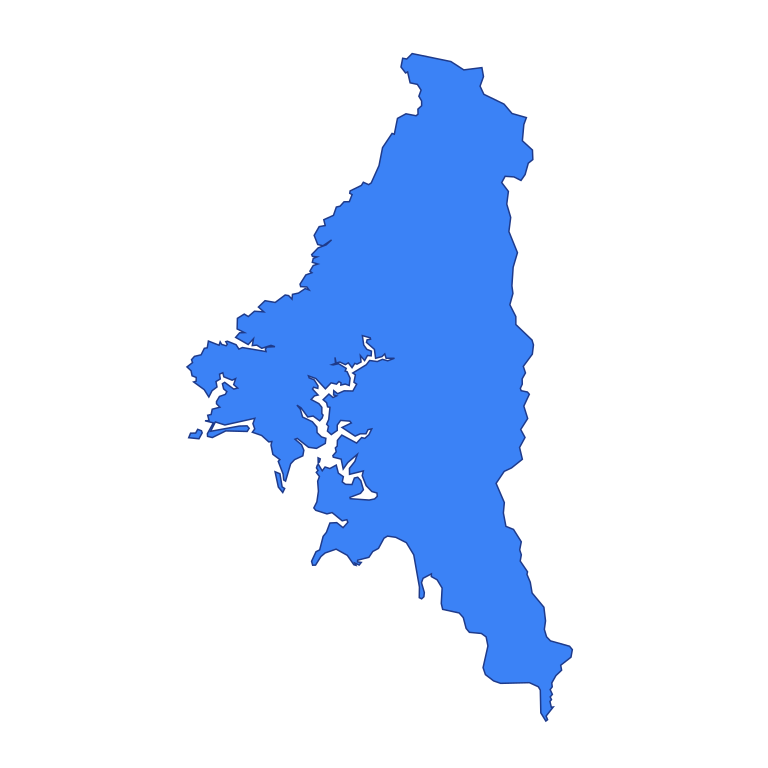 the district of Hornsby, New South Wales, Australia, rotated 182°
{"feature_id": "25037944B15233431502175", "entity_name": "Hornsby", "entity_type": "district", "adm_level": 2, "iso_a3": "AUS", "parent_name": "Australia", "parent_adm1": "New South Wales", "projection": "robinson", "projection_center": [151.145, -33.572], "detail": "fine", "context": "isolated", "style": "filled", "palette": "blue", "viewbox_px": 768, "rotation_deg": 182, "n_neighbors": 0, "source": "geoboundaries", "source_scale": "gbopen_adm2", "svg_char_len": 6153}
<svg xmlns="http://www.w3.org/2000/svg" viewBox="0 0 768 768"><g transform="rotate(182 384 384)"><path d="M210.5,52.8L208.8,54.2L210.4,57.8L203.6,67.1L205.5,66.8L207.1,72.6L205.6,74.4L207.0,77.1L204.9,79.7L207.3,84.4L205.3,87.2L205.9,91.1L202.0,98.6L196.5,104.2L197.6,109.1L187.6,117.5L186.5,125.1L189.4,128.4L208.7,133.1L212.7,137.0L215.2,144.4L214.3,152.9L216.4,166.5L228.7,180.3L230.9,191.0L234.5,198.8L234.0,201.3L241.7,211.8L240.8,218.1L242.6,223.0L241.3,231.1L249.5,243.2L257.2,246.0L260.2,259.3L259.6,269.7L268.5,288.6L260.8,300.9L253.6,304.6L243.1,313.6L246.3,325.3L241.2,335.5L245.8,343.3L239.2,354.5L243.5,366.8L238.4,378.8L240.4,381.0L246.7,382.1L247.6,384.4L245.8,388.7L246.1,394.0L243.0,400.0L245.4,406.5L236.8,419.0L236.0,428.3L237.6,433.1L254.3,448.0L254.6,456.0L261.0,467.6L258.3,479.0L259.6,486.6L259.0,505.2L255.2,519.9L264.5,540.7L263.2,554.9L267.6,568.1L266.4,580.8L273.4,589.4L270.2,595.8L261.4,595.5L254.2,592.2L250.3,598.2L247.5,609.7L243.1,613.5L243.8,623.0L254.2,631.9L253.3,648.2L251.0,655.2L265.5,658.8L273.8,667.9L294.3,677.0L298.4,685.0L295.3,694.7L297.2,703.6L315.2,700.7L328.4,708.6L367.4,715.2L372.6,709.6L376.7,710.2L378.1,701.4L373.3,695.6L371.3,696.7L368.4,685.9L361.1,684.6L357.2,679.0L359.2,672.8L356.3,668.2L356.1,663.4L359.7,659.9L359.4,654.9L361.3,653.2L371.5,654.8L379.8,649.9L382.4,634.0L384.7,634.7L393.7,620.2L396.6,602.1L403.8,584.5L406.3,582.7L411.7,584.9L413.5,581.7L424.6,575.8L424.9,573.4L422.5,572.2L425.0,565.0L430.3,564.7L434.1,560.2L437.8,559.2L440.4,550.8L449.9,546.1L448.3,540.3L454.3,539.0L459.0,530.1L455.1,521.1L449.8,520.0L441.4,526.2L446.7,521.0L454.6,517.7L460.8,510.8L460.0,509.1L455.3,508.7L459.1,507.0L459.9,503.1L454.3,501.6L458.9,499.9L462.0,494.2L459.9,492.7L465.9,490.3L471.4,480.9L470.7,478.4L464.5,478.3L462.2,475.4L466.1,476.6L472.6,471.9L478.6,470.4L478.9,465.6L482.4,469.0L485.9,469.5L495.6,461.7L505.8,463.1L512.2,456.5L506.6,451.9L516.0,452.2L522.0,446.7L526.1,449.0L532.8,444.5L532.7,433.9L525.3,430.5L530.1,430.1L533.9,425.4L521.1,418.7L516.0,424.7L517.0,417.8L512.5,418.4L507.4,415.4L498.3,418.7L494.3,417.5L502.2,416.8L503.8,414.8L503.0,412.3L526.8,415.5L530.2,413.8L533.2,418.1L542.0,421.3L543.6,420.8L542.0,418.2L543.1,416.7L547.6,417.9L549.2,420.4L550.2,417.0L561.0,420.8L561.9,414.0L564.8,413.4L567.8,406.8L574.4,405.0L577.2,401.6L576.1,398.7L581.5,394.2L577.3,390.5L576.1,385.5L571.9,384.0L571.8,380.3L574.3,379.4L563.5,372.1L558.6,364.9L555.6,371.3L550.8,375.2L552.0,380.6L547.8,383.3L548.7,388.1L545.5,389.6L544.3,385.6L535.9,382.5L532.5,384.2L534.2,378.1L530.1,374.8L534.0,373.7L543.3,380.1L545.5,378.6L544.1,373.5L540.8,370.9L542.2,368.1L548.0,365.8L550.8,360.6L550.7,358.4L547.2,355.1L554.8,352.8L555.7,347.5L559.1,346.6L557.6,341.4L561.6,341.0L553.2,339.2L558.8,328.1L558.5,325.5L553.7,324.5L540.5,331.6L519.1,331.8L517.2,335.0L519.4,337.4L527.2,336.9L555.6,330.7L551.2,340.2L541.6,337.5L511.9,345.2L513.6,339.8L511.6,334.6L513.9,331.2L504.5,328.3L497.1,322.1L494.1,322.6L494.8,319.0L492.6,309.8L485.4,304.8L487.0,303.0L481.7,290.5L480.9,284.6L479.0,283.5L474.5,301.0L470.7,305.3L462.6,309.4L461.8,315.0L464.3,320.4L471.0,325.7L468.8,326.6L457.2,318.1L449.2,317.3L440.6,322.6L440.2,327.7L444.6,328.9L449.2,333.1L449.6,338.7L454.3,343.8L464.2,348.1L466.8,356.0L470.3,359.8L466.1,357.3L459.1,348.4L453.7,349.5L447.0,345.0L444.7,347.7L443.8,350.8L445.1,352.2L445.3,358.5L448.4,362.1L456.3,366.0L453.1,369.7L449.5,370.7L455.3,376.5L454.2,378.3L450.0,377.3L449.9,379.8L453.9,385.7L459.0,387.5L459.8,389.5L452.3,387.1L442.4,377.1L436.9,383.3L431.5,382.2L429.1,384.9L427.0,383.6L427.1,381.4L422.7,382.6L418.7,381.3L418.1,388.6L421.3,395.0L423.3,395.6L422.3,398.3L430.1,402.7L435.4,401.3L436.7,401.5L433.2,402.9L433.9,408.9L432.6,403.3L428.9,404.4L423.3,402.0L420.4,403.9L416.5,399.2L413.9,403.6L411.7,402.9L407.7,405.2L408.6,411.6L404.2,406.7L401.5,411.9L397.8,411.7L397.7,416.4L402.3,418.0L405.6,422.2L407.3,431.6L399.4,429.7L399.0,428.3L402.4,427.6L403.0,425.0L394.8,418.3L393.3,409.4L387.0,411.3L384.3,414.1L382.8,409.8L374.4,410.1L381.1,407.3L386.4,408.6L391.5,406.2L399.2,407.0L402.4,402.6L415.6,393.9L412.9,392.2L414.1,384.7L411.3,382.9L414.9,375.9L423.6,375.8L430.0,372.7L434.0,375.6L434.0,371.3L431.0,370.5L434.5,368.7L438.7,372.0L444.3,366.2L440.7,363.3L439.6,359.2L437.2,358.8L438.0,346.6L439.9,341.8L438.0,339.8L438.9,335.0L434.9,331.6L429.1,336.0L429.3,341.3L426.1,346.1L416.9,345.7L415.3,343.9L424.4,339.1L411.0,330.9L406.0,333.4L400.3,333.6L398.4,337.8L394.7,338.7L397.3,332.8L401.3,329.0L404.5,329.7L409.3,324.0L424.4,331.5L428.6,326.0L428.6,320.3L430.4,318.4L429.4,314.6L432.6,310.6L432.1,309.1L424.2,307.4L421.8,297.6L417.4,304.3L408.2,312.8L410.4,305.6L415.6,298.5L415.3,292.5L401.6,296.4L402.6,291.6L398.3,281.8L392.4,276.1L387.2,274.8L386.8,271.5L389.4,268.8L394.8,267.5L413.7,268.2L414.1,269.5L403.7,273.9L400.9,277.6L403.8,286.6L407.0,289.9L410.3,289.0L412.5,282.4L418.9,282.4L422.3,284.7L421.4,290.0L426.5,293.3L428.9,301.3L435.2,297.6L440.0,299.0L442.7,295.1L446.8,301.4L447.8,300.5L448.6,297.8L446.9,295.3L448.6,293.3L445.3,289.3L446.9,284.6L445.8,274.5L447.0,263.8L449.8,257.7L447.8,255.4L436.5,252.2L431.4,253.7L421.0,245.8L416.4,247.1L415.3,244.5L419.9,239.0L426.4,243.8L433.2,243.2L436.4,233.7L439.5,229.6L442.5,216.0L446.1,214.0L450.2,204.3L449.0,200.4L446.1,200.6L441.0,209.4L436.9,213.1L426.1,217.3L414.7,211.5L407.8,202.3L405.7,201.8L406.9,204.0L402.5,202.2L400.5,204.9L404.3,205.3L404.2,207.0L393.0,210.3L389.4,216.2L383.8,219.5L378.6,229.9L375.2,232.1L366.9,231.2L356.1,226.2L348.3,214.3L341.5,182.3L341.3,171.7L338.9,170.6L336.7,172.8L336.4,177.0L339.6,186.7L338.2,191.2L330.0,195.9L330.0,193.2L324.1,190.2L318.8,182.1L319.1,166.6L317.5,160.8L300.9,157.8L296.6,153.3L293.4,142.6L290.0,138.8L278.0,138.1L273.1,134.8L271.0,125.8L275.1,104.0L272.5,97.1L264.1,91.1L257.0,88.9L228.3,90.6L219.2,86.8L217.1,83.5L215.8,60.8L210.5,52.8ZM482.2,277.6L484.9,290.7L489.8,292.5L486.0,277.3L481.4,272.0L479.6,276.1L482.2,277.6ZM564.0,328.8L564.8,330.9L568.6,332.2L570.5,328.4L575.6,328.1L577.3,323.5L567.0,322.8L564.0,328.8ZM445.1,306.9L447.3,307.9L447.0,302.8L445.8,303.8L445.1,306.9Z" fill="#3b82f6" stroke="#1e3a8a" stroke-width="1.5"/></g></svg>